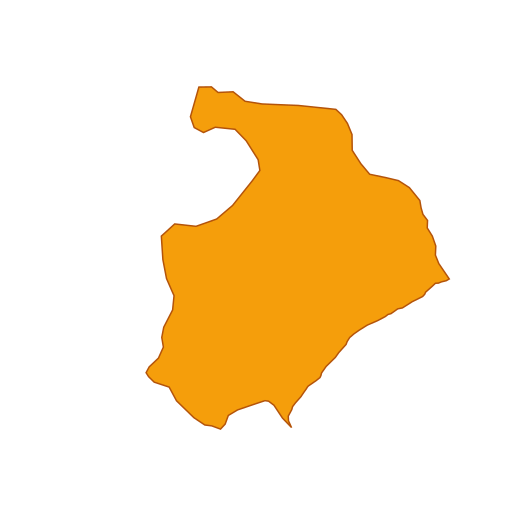 Mayo-Kani, Extrême-Nord, Cameroon, rotated 313°
{"feature_id": "32672807B89855431664933", "entity_name": "Mayo-Kani", "entity_type": "district", "adm_level": 2, "iso_a3": "CMR", "parent_name": "Cameroon", "parent_adm1": "Extrême-Nord", "projection": "natural_earth1", "projection_center": [14.491, 10.306], "detail": "fine", "context": "isolated", "style": "filled", "palette": "amber", "viewbox_px": 512, "rotation_deg": 313, "n_neighbors": 0, "source": "geoboundaries", "source_scale": "gbopen_adm2", "svg_char_len": 1615}
<svg xmlns="http://www.w3.org/2000/svg" viewBox="0 0 512 512"><g transform="rotate(313 256 256)"><path d="M97.5,333.8L101.6,339.5L105.2,348.1L112.0,348.1L120.5,344.5L130.9,347.5L146.4,355.8L156.3,361.2L158.4,364.2L159.1,370.9L155.5,386.0L154.8,398.9L154.7,399.1L157.6,392.2L160.9,388.8L168.1,386.9L170.0,385.9L170.7,385.5L175.5,385.0L183.8,384.8L186.1,384.4L189.4,383.9L193.2,383.4L195.0,383.0L196.5,382.9L203.3,384.4L205.4,384.9L210.7,385.7L212.9,385.0L213.9,384.4L215.2,383.7L223.1,382.6L232.0,383.0L235.9,383.2L241.8,382.4L252.7,382.2L255.6,381.0L260.3,380.1L262.6,380.4L265.7,380.7L271.9,382.0L280.9,384.4L281.8,384.7L291.6,389.0L300.0,391.9L303.3,392.4L305.8,394.0L309.0,394.7L314.0,395.7L317.9,398.5L329.1,401.4L340.0,405.5L343.0,405.5L345.2,404.7L348.2,405.0L354.9,405.6L358.4,405.8L360.6,407.9L363.6,409.3L367.7,412.0L371.0,413.0L375.1,394.9L379.0,386.6L385.9,380.7L390.8,371.4L393.3,362.1L399.0,357.2L400.3,349.7L403.8,343.9L408.3,338.0L410.6,321.6L408.3,308.8L402.1,297.9L393.3,283.4L395.0,269.7L398.9,254.3L410.3,243.4L415.3,232.5L417.7,222.3L417.7,218.4L417.7,214.4L394.9,184.2L386.8,174.8L371.3,156.7L361.7,142.5L360.5,127.3L349.7,116.7L349.3,108.1L340.6,99.0L334.2,102.3L313.1,113.1L307.8,123.2L310.5,133.4L322.4,138.4L334.4,154.3L333.6,170.2L327.9,191.9L321.2,200.5L308.4,202.0L277.0,204.4L256.2,202.0L236.8,191.9L224.0,174.7L206.0,173.2L189.9,190.3L178.5,205.9L173.3,217.9L171.1,223.1L159.7,231.8L141.0,237.1L132.2,242.6L126.2,250.4L114.8,254.3L102.1,253.5L95.7,255.2L94.5,259.8L94.3,267.6L100.9,281.9L95.9,296.6L95.4,320.9L97.5,333.8Z" fill="#f59e0b" stroke="#b45309" stroke-width="1.5"/></g></svg>